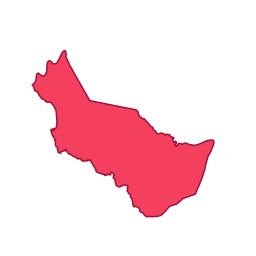 Cachoeira do Arari, Pará, Brazil (Natural Earth projection), rotated 342°
{"feature_id": "56859067B80263918367738", "entity_name": "Cachoeira do Arari", "entity_type": "district", "adm_level": 2, "iso_a3": "BRA", "parent_name": "Brazil", "parent_adm1": "Pará", "projection": "natural_earth1", "projection_center": [-48.919, -0.814], "detail": "fine", "context": "isolated", "style": "filled", "palette": "rose", "viewbox_px": 256, "rotation_deg": 342, "n_neighbors": 0, "source": "geoboundaries", "source_scale": "gbopen_adm2", "svg_char_len": 5391}
<svg xmlns="http://www.w3.org/2000/svg" viewBox="0 0 256 256"><g transform="rotate(342 128 128)"><path d="M199.4,176.0L200.1,175.3L201.3,173.6L201.8,173.0L203.3,171.5L204.2,170.2L205.0,168.8L205.2,168.0L205.5,167.4L205.5,166.5L204.7,165.6L203.0,165.0L202.4,165.0L200.7,164.6L199.8,164.5L199.0,164.5L198.2,164.5L196.5,164.6L195.6,165.0L194.7,164.9L193.2,165.0L192.3,165.2L191.5,165.3L190.8,165.2L190.1,165.2L188.8,165.3L188.1,165.3L187.4,165.3L186.7,165.1L185.9,164.9L184.5,164.4L183.3,163.8L182.5,163.3L181.9,163.1L181.1,162.5L180.4,162.0L179.9,161.4L179.2,160.8L177.8,160.1L176.9,159.8L176.2,159.9L175.4,160.0L174.7,160.3L174.0,160.1L173.6,159.3L172.8,158.6L171.3,158.5L169.9,159.1L169.3,159.7L168.3,160.4L167.6,159.0L167.8,158.3L168.4,157.7L169.0,157.6L169.5,157.1L169.6,156.3L169.4,155.6L169.0,155.2L168.1,155.4L167.5,156.0L167.0,155.4L166.9,154.4L166.8,153.3L167.0,152.3L167.8,152.4L168.4,152.0L168.3,151.2L167.6,150.5L166.6,149.9L166.0,149.5L165.7,148.7L165.7,147.9L165.4,147.2L164.5,146.9L163.7,146.4L163.1,145.8L162.4,145.8L161.8,146.2L160.9,146.2L160.6,145.1L160.1,144.4L159.4,144.0L158.7,143.5L157.8,143.0L157.1,142.9L156.2,143.2L155.0,143.1L154.3,142.6L153.8,141.8L153.4,140.7L153.2,139.7L153.0,138.9L151.7,137.7L151.4,137.1L151.9,136.4L151.9,135.5L151.0,134.2L150.3,133.6L150.1,132.6L149.6,132.0L149.2,131.2L149.1,130.3L148.9,129.7L148.5,129.1L148.2,128.5L147.8,127.8L147.4,126.8L147.0,126.2L146.8,125.5L146.7,124.9L146.0,124.1L145.4,124.1L144.8,123.7L144.4,123.1L144.1,122.4L143.8,121.8L143.3,121.4L142.9,120.7L142.3,118.8L142.0,118.2L142.2,117.2L142.6,116.3L142.4,115.4L142.1,114.8L141.7,114.0L141.5,113.4L101.7,91.1L100.1,90.1L97.7,78.4L92.9,54.9L91.9,49.6L91.1,42.0L90.9,40.9L91.6,39.9L91.9,38.9L92.3,37.4L92.4,35.7L92.0,35.0L91.3,34.8L90.6,34.9L89.9,35.3L88.3,36.3L87.6,37.0L85.5,39.2L82.9,42.0L81.3,43.3L80.6,44.0L79.9,44.3L79.1,44.4L78.5,44.4L77.5,44.3L76.8,43.9L76.4,43.2L76.0,42.5L75.9,41.8L75.5,41.2L75.0,40.5L74.4,39.9L73.6,39.7L72.8,39.9L71.6,40.8L71.0,41.7L70.2,43.3L70.0,44.2L69.6,45.2L69.1,47.0L68.4,48.6L67.3,50.2L66.6,50.8L66.3,51.4L64.6,52.5L64.0,52.5L63.2,52.2L62.1,51.5L61.4,50.7L60.6,49.2L60.0,48.4L58.9,48.0L58.3,48.4L57.8,48.8L56.5,51.0L56.0,52.6L54.8,54.6L53.7,55.8L51.2,57.1L50.5,57.1L51.0,58.7L50.7,59.4L51.2,60.2L51.1,60.9L50.8,61.6L51.0,62.4L50.7,63.0L51.2,63.8L51.6,64.4L52.1,64.6L52.6,65.1L52.7,66.0L53.3,66.5L53.5,67.2L53.4,67.9L53.6,69.0L53.6,69.9L54.2,70.8L54.6,71.5L54.6,72.3L54.8,73.0L55.3,73.9L56.0,74.3L56.6,74.7L57.2,75.5L57.9,76.1L57.5,76.8L58.4,77.5L58.6,78.2L59.2,78.5L60.0,78.8L61.1,79.0L61.9,79.5L62.7,80.2L63.2,81.4L63.5,82.2L64.0,83.3L64.3,84.2L64.3,84.9L64.8,87.9L64.8,88.9L64.7,90.8L64.3,91.9L64.2,93.0L63.8,94.0L63.6,94.8L63.3,96.1L63.0,97.6L62.5,99.6L61.4,102.8L60.4,104.5L59.7,105.4L59.2,106.1L58.4,106.1L57.7,105.6L57.3,106.3L57.0,106.9L56.6,106.1L56.0,105.7L55.8,106.6L55.2,106.4L54.5,105.8L53.9,106.1L54.3,107.0L53.8,107.8L54.0,109.1L54.0,109.9L53.7,110.9L54.0,111.9L54.0,112.7L54.5,113.3L54.7,113.9L54.7,114.7L54.9,115.7L54.5,116.4L54.4,117.3L54.9,117.9L54.9,118.8L54.4,119.6L53.7,121.4L53.7,122.1L54.0,123.5L54.5,124.0L54.9,125.0L54.6,125.8L54.1,126.6L54.5,128.1L54.2,128.7L54.0,129.4L54.6,129.7L55.0,130.6L55.8,130.6L56.3,131.1L56.5,130.3L57.1,129.9L57.9,129.7L59.3,129.8L59.9,130.1L60.7,130.0L61.3,129.4L62.2,129.2L62.3,129.9L62.1,130.7L62.6,131.3L63.6,134.3L64.3,134.8L64.9,134.7L65.3,135.3L65.6,136.1L66.2,136.5L66.5,137.2L67.3,138.2L67.8,138.4L68.3,138.8L68.9,139.6L69.6,140.2L70.2,140.5L70.1,141.3L70.8,141.6L71.4,142.3L72.0,142.1L73.2,142.4L73.6,143.0L73.6,143.7L74.2,144.1L74.0,144.8L75.2,145.1L75.3,145.8L76.1,145.8L76.9,146.0L77.6,146.2L78.2,146.1L79.0,145.9L79.1,146.7L79.8,146.6L80.6,146.1L81.1,146.5L81.5,147.0L82.8,147.2L82.4,148.4L82.6,149.1L82.7,150.1L83.3,151.6L83.4,152.7L83.6,153.6L83.9,154.3L84.0,155.2L84.2,156.1L84.5,156.9L84.5,157.6L84.4,158.5L84.3,159.6L85.2,160.7L85.7,161.2L86.4,161.8L87.1,162.1L87.7,162.7L88.4,163.1L88.9,163.5L89.8,164.2L90.4,164.2L91.0,164.6L91.3,165.1L91.4,166.0L92.1,166.0L92.7,166.0L93.3,166.3L93.7,165.7L94.3,165.3L94.9,165.7L95.2,166.4L95.8,166.6L96.4,167.0L97.0,167.1L97.4,166.4L97.7,165.4L98.3,165.0L98.9,165.0L99.2,165.9L99.6,166.4L100.1,166.9L100.3,167.6L100.9,168.0L100.4,168.6L99.6,168.8L99.3,169.7L98.8,170.2L98.5,170.8L98.9,171.6L99.5,173.1L99.5,174.1L99.4,175.0L99.3,175.7L99.1,176.3L99.2,177.3L99.0,178.7L99.2,179.3L100.9,181.0L102.2,181.7L103.3,181.0L104.0,181.2L105.2,181.1L105.7,180.8L106.3,181.0L106.9,180.8L107.8,181.4L108.4,182.0L109.2,182.0L109.8,183.5L109.2,184.2L109.2,185.3L108.6,185.7L108.3,187.0L107.8,187.5L107.9,188.3L108.4,188.8L108.2,189.9L108.7,190.8L108.9,191.6L109.8,192.3L109.6,193.2L109.1,193.7L109.1,195.0L109.9,196.5L109.6,197.5L109.7,198.9L109.6,200.7L108.8,202.0L109.2,202.7L109.2,203.5L108.9,204.1L109.5,204.9L110.6,204.6L111.4,205.2L113.0,206.7L114.1,208.4L113.8,209.2L113.6,210.7L114.2,212.1L115.5,212.7L116.2,213.6L116.3,214.5L116.6,215.9L117.9,217.7L118.8,218.5L119.6,218.3L120.6,218.6L123.7,219.9L128.8,221.2L132.4,221.2L135.0,220.2L137.2,219.0L139.1,217.9L142.5,215.8L143.9,215.3L147.1,215.3L150.1,215.4L151.8,215.0L154.7,213.8L157.6,212.5L158.3,212.2L160.2,212.0L171.6,211.7L173.6,209.3L175.8,206.8L178.3,204.0L183.6,197.5L186.5,193.5L188.3,191.1L190.5,187.0L192.7,183.8L193.2,182.9L193.9,182.1L194.3,181.2L194.7,180.4L195.8,179.4L196.2,178.8L198.5,177.0L199.4,176.0Z" fill="#f43f5e" stroke="#9f1239" stroke-width="1.5"/></g></svg>